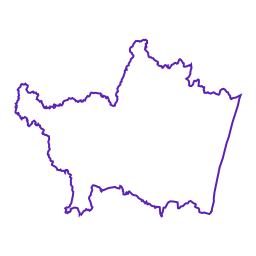 outline of Nosy-Varika, Vatovavy-Fitovinany, Madagascar
{"feature_id": "10022922B12403701465046", "entity_name": "Nosy-Varika", "entity_type": "district", "adm_level": 2, "iso_a3": "MDG", "parent_name": "Madagascar", "parent_adm1": "Vatovavy-Fitovinany", "projection": "robinson", "projection_center": [48.047, -20.536], "detail": "fine", "context": "isolated", "style": "outline", "palette": "violet", "viewbox_px": 256, "rotation_deg": 0, "n_neighbors": 0, "source": "geoboundaries", "source_scale": "gbopen_adm2", "svg_char_len": 5672}
<svg xmlns="http://www.w3.org/2000/svg" viewBox="0 0 256 256"><path d="M18.5,114.8L20.2,116.2L20.6,118.0L21.7,119.2L22.4,117.7L23.5,118.1L25.0,117.0L26.8,118.3L26.9,120.1L27.5,120.0L27.7,120.6L27.4,121.9L28.0,123.3L27.8,125.2L29.1,126.2L31.9,123.6L32.2,122.0L34.3,120.7L35.7,122.4L35.7,123.1L35.1,123.8L36.2,125.2L37.0,124.8L37.5,125.2L38.2,124.0L38.8,125.0L40.0,125.5L40.2,126.1L40.0,126.9L41.3,128.6L42.9,129.2L43.9,130.2L42.4,133.2L42.8,134.0L43.6,133.8L45.1,135.0L46.7,135.1L48.0,136.1L48.9,136.3L49.2,138.9L48.3,142.0L49.2,145.1L49.0,147.2L49.8,149.1L48.1,151.7L47.7,154.1L48.2,155.1L48.7,155.0L49.0,157.3L50.4,158.5L50.4,160.4L51.3,161.2L52.8,161.4L52.9,162.1L51.9,164.3L52.0,165.0L55.7,167.0L57.1,168.7L57.2,169.7L59.3,170.3L60.5,169.6L61.4,170.9L64.3,170.8L65.1,172.6L66.0,169.9L67.3,170.0L67.9,170.8L68.4,173.5L70.9,174.9L69.9,177.0L71.4,178.2L70.7,180.6L71.0,181.8L70.8,184.6L72.5,186.9L72.2,190.3L73.3,191.8L72.9,195.6L71.2,203.6L69.9,205.2L69.8,206.4L67.6,207.6L66.7,207.4L65.2,208.3L66.2,209.6L65.5,212.2L65.7,212.7L66.6,212.5L67.6,213.1L68.1,211.9L69.6,212.1L70.7,210.9L70.6,209.0L74.7,207.5L77.6,208.2L78.8,211.4L79.5,212.3L79.6,214.2L79.8,213.8L81.2,214.7L83.8,211.0L85.5,210.4L86.2,209.1L87.5,210.0L88.6,209.7L89.5,210.8L91.5,209.2L92.5,207.2L91.5,206.1L90.6,202.3L89.0,198.4L89.3,196.9L90.8,195.0L91.0,193.0L92.2,190.6L92.3,189.8L91.5,187.8L91.7,187.1L93.0,185.3L93.8,185.3L96.3,186.1L97.5,186.9L99.5,187.3L99.9,188.2L100.8,188.8L100.6,190.4L101.4,191.5L102.8,190.0L103.7,190.1L107.8,188.3L111.5,187.5L114.9,187.0L117.3,188.1L119.5,188.5L120.2,185.9L120.7,186.1L121.6,186.9L123.0,189.9L122.8,191.1L123.4,191.9L123.4,194.3L124.6,194.6L126.8,194.0L126.2,192.8L126.6,192.3L128.2,193.4L128.7,191.7L129.3,191.4L132.3,194.4L133.6,195.1L135.9,195.4L137.3,196.3L138.8,198.3L141.6,199.7L141.8,200.9L142.9,200.4L145.0,203.2L146.4,201.7L147.3,204.3L147.9,204.4L148.4,203.6L148.9,203.6L150.2,204.3L151.0,205.4L152.4,206.1L154.5,206.3L155.1,207.9L155.5,207.9L156.3,206.8L159.7,207.1L160.3,213.9L161.5,216.3L162.1,215.9L161.5,214.5L162.8,211.8L163.5,207.8L165.2,207.7L167.6,203.3L168.5,202.2L170.4,201.3L174.2,201.6L177.6,202.4L178.0,208.1L178.7,208.4L179.3,208.3L180.6,206.6L182.8,206.2L185.6,203.4L187.9,203.3L188.9,201.6L190.6,201.0L193.7,203.3L195.5,203.9L195.8,204.9L195.0,206.7L195.5,207.2L198.6,208.3L199.1,209.3L199.3,211.9L199.8,212.3L202.3,213.0L204.0,212.5L209.2,214.0L210.7,212.9L211.1,211.5L211.8,211.1L211.9,209.1L213.9,201.3L213.7,199.0L214.5,192.2L219.7,167.1L222.6,158.8L226.7,142.8L228.7,137.2L232.5,122.3L238.0,105.2L239.2,99.3L240.6,95.2L235.8,97.6L233.1,98.0L231.3,99.1L230.9,98.8L230.7,97.8L230.2,97.6L230.1,95.8L228.7,94.3L228.0,92.4L226.5,91.8L225.0,89.6L223.4,88.8L221.8,89.3L220.4,90.4L219.3,94.3L218.8,94.7L216.1,94.0L213.7,92.3L210.7,93.6L208.0,92.8L207.8,92.3L206.4,92.9L204.5,92.8L204.1,92.2L204.3,90.9L203.6,90.1L204.3,87.7L204.0,87.1L203.0,87.2L201.6,86.0L200.7,86.4L198.5,85.8L199.0,81.0L198.7,79.8L198.0,79.5L196.1,81.2L194.8,80.7L193.9,81.2L193.1,84.3L192.1,85.5L191.2,86.1L189.7,85.9L189.0,85.0L189.3,84.1L188.9,81.2L187.6,79.6L186.3,78.8L189.0,76.8L190.4,73.8L190.3,72.3L190.9,69.4L191.5,68.1L191.1,64.4L190.0,65.7L189.5,65.2L185.9,66.6L184.1,66.7L183.7,66.0L183.8,63.4L183.0,63.1L182.1,61.4L180.4,59.4L179.8,59.2L179.3,59.5L177.8,63.3L176.8,63.7L175.8,62.9L174.6,63.0L173.4,64.2L171.8,64.8L169.6,68.1L169.0,67.7L168.3,68.0L167.9,66.7L167.3,66.7L167.8,65.6L166.7,65.8L165.5,65.1L164.8,65.3L164.0,66.5L163.5,66.5L162.8,67.8L162.3,67.8L161.3,66.0L160.3,66.2L158.1,65.2L157.4,64.0L158.1,63.1L157.8,61.9L154.3,59.9L153.3,58.3L152.3,58.2L150.9,57.2L149.3,57.3L148.6,56.4L148.0,52.6L145.0,49.5L145.4,47.2L146.0,47.6L146.5,47.0L145.7,44.0L147.1,43.2L147.0,40.8L145.7,39.7L144.5,40.1L143.9,39.8L142.5,40.2L141.1,41.4L140.2,41.2L139.7,41.6L138.8,41.0L135.7,41.1L133.4,44.2L132.6,46.5L130.7,47.3L130.4,47.8L129.9,49.5L130.0,51.4L130.7,52.3L131.8,52.8L132.1,54.1L133.3,55.2L133.5,56.1L132.9,57.4L131.0,59.0L130.4,61.1L128.7,63.6L128.7,65.3L126.7,66.3L125.9,68.9L126.7,69.1L126.6,70.0L125.6,69.8L124.8,70.7L124.8,72.6L123.4,76.7L121.6,80.0L121.7,81.4L120.9,81.9L120.3,83.2L120.4,84.4L118.3,86.8L117.3,88.7L118.0,91.4L116.6,92.6L116.0,95.1L116.5,96.2L117.4,96.6L117.2,98.0L117.5,99.1L116.8,101.3L114.9,104.3L115.1,105.3L114.8,105.6L113.5,106.0L110.5,104.7L110.7,103.5L109.5,101.4L108.9,101.3L108.5,98.7L107.6,97.1L106.3,98.2L105.8,97.8L105.7,96.7L104.8,96.2L103.4,95.9L103.1,96.9L102.6,97.0L101.5,96.3L101.0,95.5L101.5,94.6L100.4,93.4L99.6,93.6L95.5,92.8L93.7,93.1L91.8,92.6L90.8,93.0L89.5,96.1L88.7,96.5L87.6,96.0L85.6,98.7L85.1,100.5L83.4,100.2L82.7,101.7L81.4,101.7L80.8,100.3L79.3,100.8L78.3,102.0L77.8,101.9L76.9,101.0L75.8,101.2L75.4,100.1L72.4,98.0L71.0,98.8L68.9,98.2L67.8,99.9L64.2,100.9L62.9,102.5L63.0,103.5L61.7,105.4L61.0,105.4L60.1,104.2L59.4,104.5L58.9,105.8L56.7,105.6L54.3,104.4L53.9,104.6L54.0,105.2L55.0,105.7L55.2,106.4L54.9,107.4L53.8,108.0L52.7,106.6L52.0,106.5L50.8,106.9L50.2,106.6L50.0,108.0L49.6,108.4L48.2,107.5L46.9,108.1L46.5,107.4L45.8,107.8L45.8,106.9L44.4,107.8L43.9,107.5L43.9,106.7L43.0,105.7L42.9,104.5L41.7,103.0L41.7,101.4L41.1,100.9L39.9,101.7L37.8,99.6L36.7,99.2L37.5,96.4L38.3,95.5L38.0,94.1L36.7,94.0L36.1,92.7L34.9,92.8L34.0,92.3L33.6,92.7L33.0,91.6L30.0,92.9L28.1,92.5L26.3,89.5L27.8,86.6L27.7,85.4L26.0,84.6L25.4,83.7L23.9,84.7L21.9,84.0L21.0,84.7L20.4,86.9L18.7,88.2L17.7,89.9L17.9,90.4L18.6,90.7L18.5,93.3L19.1,95.3L18.3,96.5L19.0,97.9L18.4,98.3L18.6,99.7L17.5,100.6L17.1,102.6L15.7,103.7L16.8,105.4L16.4,105.8L16.6,106.9L15.6,106.8L15.6,107.6L16.2,107.8L16.3,108.4L15.4,112.1L16.0,113.1L17.0,113.1L17.3,113.7L18.4,113.0L18.7,113.6L18.5,114.8Z" fill="none" stroke="#5b21b6" stroke-width="2"/></svg>